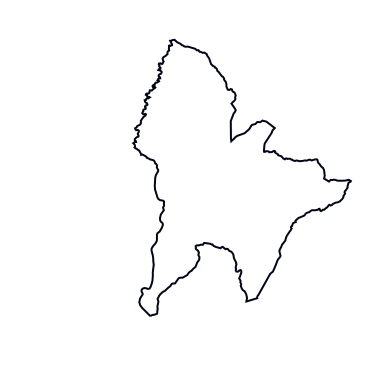 the district of Nova Lacerda, Mato Grosso, Brazil, rotated 44°
{"feature_id": "56859067B39265464568289", "entity_name": "Nova Lacerda", "entity_type": "district", "adm_level": 2, "iso_a3": "BRA", "parent_name": "Brazil", "parent_adm1": "Mato Grosso", "projection": "natural_earth1", "projection_center": [-59.772, -14.4], "detail": "fine", "context": "isolated", "style": "outline", "palette": "ink", "viewbox_px": 384, "rotation_deg": 44, "n_neighbors": 0, "source": "geoboundaries", "source_scale": "gbopen_adm2", "svg_char_len": 5954}
<svg xmlns="http://www.w3.org/2000/svg" viewBox="0 0 384 384"><g transform="rotate(44 192 192)"><path d="M298.7,73.8L296.4,74.3L294.2,77.5L291.0,80.8L288.3,83.1L287.0,83.5L285.4,84.7L284.7,85.8L283.3,87.0L283.3,89.3L277.7,90.6L276.2,88.1L271.9,84.6L269.6,83.7L267.2,83.9L264.1,83.3L263.1,83.4L261.7,83.0L260.1,81.8L259.1,81.8L257.7,83.3L256.2,86.1L254.4,86.8L253.7,87.6L252.8,89.7L251.3,90.8L250.0,92.8L247.6,95.5L246.5,95.9L245.4,96.6L244.5,98.2L242.3,99.2L241.5,99.2L240.7,99.8L239.8,99.8L238.1,101.2L237.6,102.0L236.6,102.2L236.1,102.9L236.1,104.0L234.4,104.5L231.5,104.2L228.4,105.7L227.6,105.2L225.1,105.8L224.1,105.8L223.7,105.0L222.7,105.2L222.1,106.0L221.9,107.4L220.6,109.1L219.8,109.7L219.0,109.6L217.5,110.7L216.8,111.3L216.7,112.3L216.0,113.0L215.3,112.6L211.6,108.1L210.6,106.4L208.3,94.4L207.1,91.6L207.1,88.5L196.6,89.7L193.1,91.7L192.7,93.9L192.2,94.8L190.7,95.9L190.3,96.6L190.4,99.1L188.6,101.9L188.6,103.2L189.5,106.9L189.1,112.4L188.9,113.4L185.7,119.9L185.3,121.5L185.1,122.4L185.2,124.8L185.0,128.2L182.6,126.2L170.6,114.0L167.5,106.8L167.2,104.5L166.7,102.9L165.5,102.3L159.0,101.0L158.9,98.7L159.1,97.8L159.0,96.2L158.5,94.8L157.3,94.0L156.4,92.2L153.7,91.0L152.8,91.0L151.9,91.4L150.9,91.3L149.4,90.5L148.3,91.1L148.1,92.4L147.1,93.4L146.0,93.3L143.5,92.2L141.7,90.4L140.2,89.6L139.3,89.2L138.3,89.2L136.9,88.8L136.1,88.0L134.3,87.6L133.2,88.0L127.6,87.1L126.2,87.3L124.5,86.3L123.1,86.2L121.9,86.5L121.3,86.1L119.7,86.7L116.8,86.7L111.4,83.9L108.6,83.5L106.6,82.6L104.0,83.2L103.0,84.5L100.8,85.2L100.0,85.9L98.1,85.5L97.0,86.7L95.0,86.7L89.5,89.5L88.1,90.3L86.0,92.3L85.1,92.7L84.2,92.7L82.5,93.4L80.9,93.4L77.1,94.6L73.8,94.6L72.3,96.4L72.2,97.5L71.3,98.4L75.1,99.7L75.7,100.3L74.9,101.9L74.2,102.0L73.8,102.8L74.7,103.5L75.9,105.1L77.3,106.1L77.0,107.1L77.3,108.6L78.6,109.8L78.4,112.7L77.8,114.8L78.0,115.7L78.4,116.6L79.6,117.4L80.9,117.8L81.7,120.3L81.2,121.0L80.2,121.2L79.0,122.4L79.3,123.2L80.6,123.4L81.2,124.5L83.1,124.6L83.7,125.4L82.8,126.8L83.1,127.7L84.7,126.7L86.5,126.5L87.2,127.2L87.5,128.4L86.8,130.1L87.1,131.5L88.1,132.0L89.4,131.7L90.2,132.3L89.2,133.6L89.2,134.4L89.6,135.6L90.6,135.0L91.4,135.2L90.8,137.7L89.9,138.6L90.1,139.9L91.3,141.7L89.9,141.9L90.0,143.2L91.0,143.7L91.9,143.4L91.8,142.5L93.0,142.3L93.1,143.4L92.6,144.6L92.6,146.8L92.1,147.4L91.1,147.9L91.3,148.8L92.2,149.9L92.5,151.0L91.3,152.4L90.9,153.5L91.3,154.2L92.7,153.7L93.4,154.4L94.1,154.7L95.2,153.4L95.9,153.2L95.5,155.2L94.7,155.6L94.4,156.8L94.9,157.8L94.2,158.8L95.5,159.7L97.1,159.7L97.9,159.4L99.3,160.1L99.2,161.3L98.6,161.9L98.8,163.2L99.5,163.7L100.5,163.7L100.9,164.6L100.0,166.3L100.1,167.2L101.0,167.9L101.1,169.0L101.4,169.8L102.8,170.0L103.6,169.2L104.3,168.1L105.1,168.3L105.4,169.5L105.0,171.5L105.4,174.7L105.8,176.4L107.7,178.3L107.8,179.9L106.8,182.7L107.3,184.0L106.8,185.7L107.6,186.2L108.8,186.4L109.4,185.6L110.6,184.8L111.4,185.0L112.0,185.8L112.6,187.9L114.6,188.7L115.0,189.4L114.5,190.1L114.2,191.0L114.0,193.5L114.7,194.4L115.4,194.6L116.3,194.4L117.0,194.9L116.0,195.8L116.2,196.7L115.9,197.7L117.7,197.7L119.4,198.8L119.7,199.9L121.3,199.8L122.1,199.3L122.9,199.4L125.2,198.9L128.8,200.0L129.6,200.6L130.0,199.6L133.4,198.6L134.7,198.4L135.7,198.8L137.9,197.9L138.9,197.8L142.0,196.0L143.8,196.0L145.7,197.0L146.7,196.7L148.2,197.1L149.7,198.8L152.4,199.7L153.1,200.4L154.3,204.9L155.5,207.1L160.9,213.4L163.6,215.8L170.9,219.9L172.8,220.4L174.7,220.0L177.5,218.2L178.7,218.4L180.2,220.2L181.2,221.0L182.1,223.4L184.4,224.7L185.2,229.8L187.3,233.3L189.2,234.7L190.2,235.0L192.1,234.8L193.0,235.2L193.7,235.7L194.2,236.5L195.1,238.5L196.2,242.7L195.8,245.5L196.3,246.9L200.2,251.0L200.7,251.9L201.4,254.2L201.6,258.0L202.1,260.3L202.8,261.5L203.8,262.4L207.5,264.6L210.1,266.6L212.5,268.9L214.9,270.8L219.9,277.4L221.7,279.1L225.2,283.3L226.9,286.3L228.4,289.8L228.5,290.9L228.1,291.8L227.3,292.5L225.0,293.6L224.4,294.3L223.8,295.4L223.6,296.6L223.9,297.6L224.8,298.6L227.0,299.3L227.7,300.0L228.6,304.6L230.6,307.8L233.0,309.3L236.5,310.0L247.7,310.2L248.5,309.3L248.8,308.1L250.4,306.1L251.4,303.8L250.7,302.7L249.3,301.2L248.7,300.0L246.8,298.6L244.0,294.2L241.4,292.7L241.2,291.6L240.4,289.3L240.3,288.0L240.3,285.5L240.5,283.7L241.2,282.1L241.4,277.1L241.8,274.8L241.3,272.9L241.4,271.7L243.3,269.5L242.3,263.3L243.0,261.8L244.8,260.1L246.3,255.0L245.9,253.3L245.8,251.3L246.4,248.8L246.2,247.1L246.5,243.3L244.7,239.0L244.3,236.0L243.9,235.1L243.2,234.7L242.7,233.7L240.5,233.0L238.9,230.6L238.1,230.6L237.4,230.1L234.5,230.3L233.7,229.8L233.1,228.9L232.3,228.5L232.3,227.4L234.3,225.2L234.7,224.1L236.5,222.3L236.1,220.2L241.0,216.6L242.6,216.2L243.1,215.5L244.9,215.8L247.4,214.9L250.9,213.0L251.6,212.6L251.6,211.4L252.2,210.1L255.8,209.9L256.5,208.6L257.7,208.1L259.7,208.5L261.2,207.8L262.9,207.7L265.1,208.2L268.2,210.5L272.8,212.1L273.4,212.8L274.1,213.0L275.7,215.8L277.3,216.9L277.9,218.0L279.1,218.4L280.3,217.5L280.6,216.7L280.6,215.5L281.1,214.4L282.4,214.6L283.5,215.8L286.1,221.5L288.4,222.0L289.6,223.4L291.5,224.2L292.2,225.6L295.2,227.0L296.3,227.2L299.3,226.9L302.2,228.0L305.2,230.0L307.2,233.0L312.7,223.1L312.0,222.6L311.5,221.5L311.1,219.2L305.4,197.7L305.1,196.4L305.5,193.0L303.1,186.6L300.8,181.3L300.4,177.1L299.7,176.2L296.1,174.0L295.1,172.4L294.3,169.3L293.4,167.5L292.9,162.2L291.3,159.4L290.6,157.4L289.7,152.5L289.6,150.9L289.2,150.1L289.0,149.0L287.8,148.7L287.3,147.8L287.6,146.8L286.7,145.3L286.4,143.9L287.5,141.5L286.6,141.1L286.4,140.2L286.6,136.9L288.9,131.6L289.2,130.4L288.8,128.8L289.0,127.3L290.2,125.4L290.6,122.7L291.0,121.7L293.5,119.4L294.9,117.3L294.8,116.3L295.4,115.5L297.2,116.3L298.0,116.1L298.4,115.2L298.4,113.9L299.5,112.8L299.4,111.4L299.9,109.2L299.6,107.0L299.7,105.8L301.0,105.5L301.7,104.2L301.6,103.0L302.5,100.3L303.9,98.3L304.8,96.3L305.0,92.8L304.5,90.5L303.8,89.9L303.2,86.7L302.0,86.3L301.4,85.2L301.5,84.1L300.9,80.8L300.0,79.9L298.2,76.7L298.4,75.7L298.9,74.6L298.7,73.8Z" fill="none" stroke="#020617" stroke-width="2"/></g></svg>